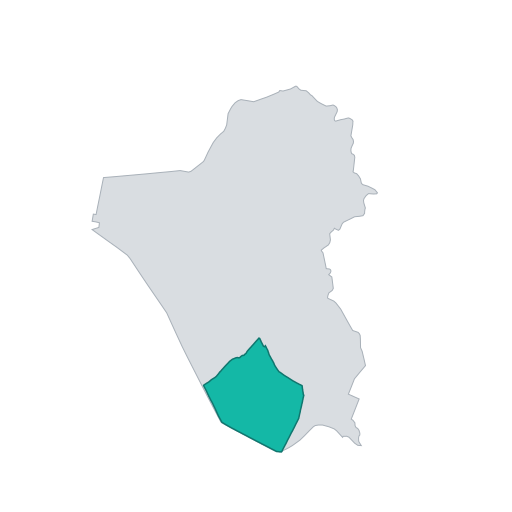 Al-Salman, Al-Muthannia, Iraq shown in context, rotated 23°
{"feature_id": "34846034B73479794656328", "entity_name": "Al-Salman", "entity_type": "district", "adm_level": 2, "iso_a3": "IRQ", "parent_name": "Iraq", "parent_adm1": "Al-Muthannia", "projection": "orthographic", "projection_center": [45.251, 30.248], "detail": "fine", "context": "in_parent", "style": "filled", "palette": "teal", "viewbox_px": 512, "rotation_deg": 23, "n_neighbors": 0, "source": "geoboundaries", "source_scale": "gbopen_adm2", "svg_char_len": 6604}
<svg xmlns="http://www.w3.org/2000/svg" viewBox="0 0 512 512"><g transform="rotate(23 256 256)"><path d="M213.2,94.4L216.4,93.6L222.5,88.8L226.1,84.2L227.2,83.9L230.3,85.4L232.5,85.9L237.6,84.3L240.7,85.2L243.2,86.4L244.7,86.5L251.5,89.5L253.2,89.9L256.8,90.3L262.0,90.6L265.5,88.7L267.9,86.9L269.6,87.0L271.3,87.4L272.6,88.2L273.8,89.6L274.3,91.5L274.0,97.7L274.5,99.4L275.4,100.6L276.6,100.8L278.1,99.5L280.6,97.5L283.8,95.4L286.1,93.5L287.4,92.7L289.5,92.8L291.6,93.2L292.7,94.1L292.7,94.5L293.8,97.4L296.4,108.3L298.0,109.7L299.8,110.8L301.0,112.5L301.5,114.1L301.4,116.6L301.4,119.6L302.1,121.8L303.2,123.5L304.1,124.4L305.5,124.4L307.2,124.9L308.4,126.6L312.1,139.0L312.4,140.6L314.0,141.1L316.5,140.9L319.2,142.2L322.0,144.2L324.6,147.9L326.4,148.6L331.9,148.0L339.5,148.5L343.1,150.4L342.8,151.6L340.0,153.0L335.2,154.6L333.8,157.3L333.0,160.8L333.2,162.8L334.4,164.9L337.9,169.1L338.1,170.7L338.7,172.8L339.3,174.3L338.7,177.1L335.6,179.1L331.5,181.3L323.3,190.8L322.7,192.9L322.7,198.5L321.9,200.1L319.3,200.1L317.3,199.8L317.2,201.8L315.9,204.4L315.1,206.7L318.2,212.1L318.7,214.9L318.3,217.5L315.4,222.0L313.8,225.1L314.2,225.7L316.4,226.9L323.3,236.8L325.6,240.2L328.5,239.3L329.6,239.4L330.4,239.9L331.0,241.1L331.0,242.6L330.2,244.8L334.0,245.7L335.3,247.9L339.8,255.6L339.6,257.9L337.5,261.5L337.6,264.0L338.0,266.1L338.7,266.9L345.2,267.1L347.9,268.0L354.7,271.8L362.4,277.8L368.7,282.7L374.1,286.8L379.8,286.4L381.4,287.1L382.9,288.4L384.6,291.8L388.1,299.6L390.9,302.2L395.4,308.3L399.6,314.1L397.1,322.2L394.6,330.6L394.9,341.3L395.0,347.1L400.6,347.2L406.8,347.3L407.0,354.2L407.2,361.1L407.4,369.0L409.3,369.3L412.2,370.9L413.5,373.5L415.1,374.8L417.0,375.0L418.9,376.2L420.8,378.5L421.5,380.2L421.1,381.4L421.5,383.4L422.9,386.4L424.5,387.7L427.0,389.4L423.7,390.5L420.1,389.8L412.4,386.5L409.9,386.5L406.7,387.9L406.6,389.1L398.5,385.4L395.6,384.6L394.5,384.6L389.9,384.7L383.3,385.6L379.5,387.2L376.8,388.9L375.6,390.6L375.2,391.5L373.2,396.4L370.8,402.6L368.4,408.3L363.6,416.2L360.9,419.9L355.1,426.7L348.8,428.1L334.0,426.9L317.7,425.5L301.5,424.1L289.4,422.9L288.5,422.5L276.6,412.8L267.2,405.1L255.6,395.4L243.8,385.5L231.9,375.5L223.3,368.1L212.9,358.7L203.4,350.0L196.0,343.2L186.5,337.1L179.0,332.3L168.2,325.4L159.6,319.8L152.3,315.0L141.0,307.5L137.2,305.5L125.4,302.6L114.1,300.1L102.5,297.5L94.8,295.7L100.2,291.1L98.9,286.6L95.1,287.2L91.6,288.1L89.9,281.0L92.6,280.3L90.7,271.2L88.8,261.8L86.9,252.7L85.0,243.4L95.1,238.1L102.6,234.1L113.1,228.5L123.2,223.1L132.8,217.9L143.4,212.2L152.8,207.0L161.2,205.1L163.1,203.4L167.2,196.0L170.7,189.6L171.0,188.1L171.3,178.9L172.3,168.2L173.7,162.5L175.7,157.5L177.6,153.8L177.9,150.4L177.8,146.8L176.3,141.5L174.7,135.9L175.1,130.5L175.5,127.7L176.9,123.1L178.9,119.9L181.1,117.9L188.9,116.0L193.6,114.9L199.9,109.1L203.7,105.7L209.0,100.3L212.8,96.3L213.2,94.9L213.2,94.4Z" fill="#d9dde1" stroke="#a8b0b8" stroke-width="1"/><path d="M290.8,330.4L290.6,330.9L290.3,331.9L289.3,334.7L288.4,337.5L288.1,338.5L287.5,340.1L287.0,341.7L286.4,343.3L286.0,344.5L285.2,347.0L285.0,348.3L284.9,349.6L284.0,351.0L283.9,351.8L283.5,352.2L283.4,352.4L282.9,352.5L282.7,352.6L282.3,353.0L282.1,353.1L281.9,353.5L281.3,354.5L281.1,354.8L281.1,355.1L280.9,355.6L280.8,355.8L280.7,355.9L280.3,356.2L280.1,356.4L279.8,356.5L279.4,356.6L278.9,356.7L278.6,356.7L278.5,356.8L278.1,357.0L277.7,357.3L277.4,357.5L277.2,357.7L276.8,358.0L276.4,358.5L275.9,359.0L275.5,359.4L275.2,359.7L275.0,359.9L274.8,360.0L274.4,360.6L273.9,361.5L273.7,361.9L273.2,362.7L272.9,363.3L272.7,363.8L272.2,365.3L270.9,368.7L270.3,370.4L269.9,371.6L269.5,372.8L269.0,374.1L268.7,375.3L268.4,376.0L268.3,376.3L268.3,376.5L268.0,376.8L267.9,377.4L267.7,378.2L267.4,379.5L267.1,380.4L267.0,380.8L266.8,381.3L266.7,381.8L266.6,382.1L266.5,382.4L266.3,382.7L266.0,383.3L265.7,383.9L265.3,384.4L264.9,385.0L264.4,385.7L264.1,386.1L263.9,386.4L263.7,386.7L263.3,387.2L263.0,387.8L262.7,388.6L262.4,389.0L262.2,389.5L262.0,389.8L261.9,390.1L261.7,390.5L261.1,391.3L260.7,391.9L260.2,392.4L259.8,393.2L259.4,393.7L259.2,394.1L259.0,394.3L258.7,394.8L258.4,395.3L258.3,395.5L258.7,395.9L259.1,396.4L260.0,397.1L261.5,398.3L262.9,399.5L263.8,400.3L264.8,401.2L265.6,402.0L266.3,402.5L267.2,403.4L267.3,403.5L268.7,404.6L269.7,405.5L271.0,406.6L272.1,407.4L273.6,408.6L274.5,409.4L275.8,410.6L276.8,411.4L278.5,412.9L280.3,414.6L282.3,416.4L283.8,417.8L286.6,420.0L289.1,422.0L289.6,422.4L290.3,422.5L290.5,422.5L291.7,422.7L293.7,423.0L297.0,423.4L299.7,423.7L301.6,423.9L303.2,424.0L305.1,424.2L307.4,424.4L310.4,424.6L311.5,424.7L312.4,424.8L313.3,424.9L315.0,425.0L318.7,425.3L320.4,425.5L320.6,425.5L323.3,425.7L324.5,425.8L327.0,426.0L329.0,426.2L331.0,426.3L333.5,426.5L335.1,426.7L336.2,426.7L336.8,426.8L337.4,426.8L338.7,426.9L341.0,427.1L342.9,427.2L344.4,427.4L345.9,427.5L347.9,427.6L349.7,427.8L350.9,427.9L351.5,427.9L352.0,427.7L353.2,427.3L354.4,427.0L355.3,426.6L355.7,426.5L356.0,426.4L356.1,426.0L356.2,425.4L356.2,424.9L356.2,424.2L356.4,421.9L356.4,421.4L356.5,420.8L356.6,419.6L356.6,419.0L356.8,417.5L356.9,415.9L357.0,413.2L357.2,411.1L357.3,409.8L357.4,408.1L357.6,405.0L357.9,402.6L358.0,400.5L358.1,399.8L358.2,397.8L358.3,395.7L358.4,394.0L358.5,393.1L358.7,389.5L358.8,388.9L358.7,388.6L358.5,387.5L358.3,386.3L357.9,384.4L357.7,383.1L357.5,381.9L357.2,380.8L357.0,379.9L357.0,379.7L356.8,378.3L356.4,376.0L356.1,374.7L356.0,374.2L356.0,373.9L355.9,373.2L355.7,372.2L355.5,371.2L355.3,370.6L355.2,369.6L354.9,368.5L354.8,367.6L354.6,366.7L354.5,366.0L354.5,365.8L354.4,365.5L354.2,365.5L353.8,365.1L353.2,364.2L352.6,363.1L351.7,361.9L351.3,361.0L350.9,360.4L350.3,359.5L350.1,359.1L349.8,358.5L349.5,358.0L349.2,357.5L349.1,357.4L348.7,357.3L348.1,357.3L347.2,357.2L346.7,357.2L345.9,357.2L345.1,357.1L344.2,357.0L343.4,357.0L341.0,356.7L339.9,356.6L338.7,356.5L338.1,356.4L337.7,356.3L336.4,356.1L335.4,355.9L334.1,355.7L333.7,355.6L333.1,355.5L332.5,355.4L331.6,355.3L331.2,355.2L330.7,355.2L330.2,355.1L329.7,355.0L329.0,354.9L328.7,354.9L327.7,354.6L326.6,354.4L325.7,354.1L325.3,354.1L324.4,353.8L323.8,353.7L323.6,353.7L322.5,353.6L320.4,352.4L318.6,351.2L316.8,350.0L315.4,348.9L314.2,347.6L313.8,347.3L313.4,347.0L312.1,345.9L310.8,345.0L310.5,344.8L309.4,343.9L308.3,343.0L307.2,342.2L306.4,341.5L305.5,340.3L304.6,339.4L303.8,338.4L302.9,337.6L301.9,336.9L300.9,335.9L299.7,335.0L299.5,336.1L299.0,336.1L298.6,336.1L298.0,336.1L297.5,335.6L297.0,335.2L296.1,334.4L295.1,333.6L293.8,332.5L293.3,331.9L292.5,331.3L291.9,330.7L291.7,330.5L291.4,330.5L291.1,330.4L290.8,330.4Z" fill="#14b8a6" stroke="#0f766e" stroke-width="1.5"/></g></svg>